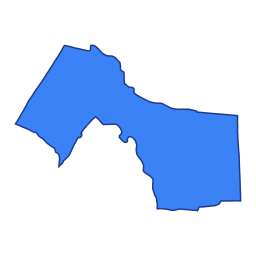 the district of Kebemer, Louga, Senegal
{"feature_id": "50182788B60047071387499", "entity_name": "Kebemer", "entity_type": "district", "adm_level": 2, "iso_a3": "SEN", "parent_name": "Senegal", "parent_adm1": "Louga", "projection": "albers", "projection_center": [-16.284, 15.311], "detail": "fine", "context": "isolated", "style": "filled", "palette": "blue", "viewbox_px": 256, "rotation_deg": 0, "n_neighbors": 0, "source": "geoboundaries", "source_scale": "gbopen_adm2", "svg_char_len": 5064}
<svg xmlns="http://www.w3.org/2000/svg" viewBox="0 0 256 256"><path d="M175.7,209.9L175.8,209.9L177.8,209.4L180.0,209.0L181.4,209.2L188.1,209.7L191.4,210.0L194.0,210.2L195.9,210.4L197.1,210.4L197.3,210.8L197.5,210.7L197.8,210.1L198.0,209.7L198.2,209.3L198.4,208.9L198.5,208.5L198.7,208.1L198.8,207.7L198.9,207.4L199.0,207.2L199.4,206.9L199.6,206.8L200.0,206.8L201.0,206.9L201.8,206.9L202.5,206.9L203.1,206.9L203.8,206.7L205.1,206.7L206.3,206.5L207.3,206.4L208.5,206.3L209.5,206.2L210.9,206.0L211.8,205.9L213.0,205.8L213.8,205.8L214.2,205.7L214.8,205.6L215.5,205.4L216.2,205.2L216.9,205.0L217.5,204.6L218.2,204.4L218.6,204.2L219.0,203.9L219.4,203.5L219.8,203.0L220.1,202.5L220.5,201.9L221.0,201.1L221.0,200.9L224.3,200.9L227.7,200.9L231.1,200.9L234.5,200.8L237.9,200.8L240.6,200.9L240.6,198.6L240.5,196.3L240.5,194.0L240.3,190.6L240.2,187.0L240.1,182.7L239.9,178.4L239.8,174.1L239.6,172.5L239.6,170.2L239.4,166.1L239.3,163.4L239.2,160.3L239.2,160.0L239.1,156.1L239.0,154.0L238.6,150.2L238.4,146.4L238.2,144.1L238.2,143.6L238.1,143.2L237.9,139.9L237.8,137.3L237.7,134.7L237.6,133.8L237.6,132.0L237.5,131.4L237.6,129.3L237.6,124.8L237.5,124.3L237.5,121.4L237.5,118.5L237.5,115.6L234.1,115.3L230.7,115.0L227.3,114.7L223.9,114.4L220.6,114.2L217.2,113.9L213.8,113.6L210.4,113.3L207.1,113.0L203.6,112.7L203.3,112.6L202.9,112.6L196.9,112.1L196.9,111.3L195.0,110.7L192.9,110.1L189.0,109.3L187.9,109.3L185.7,109.2L182.3,109.2L181.1,109.2L180.0,109.3L179.4,109.3L178.3,109.3L175.9,109.1L174.1,108.9L172.2,108.4L170.8,108.0L168.0,106.6L165.0,105.1L162.9,103.9L161.2,103.3L159.0,103.1L157.7,103.3L155.3,103.0L153.4,102.7L151.1,102.2L149.7,101.7L146.4,100.3L141.8,97.9L140.2,97.0L138.8,96.2L136.8,95.0L135.3,94.1L134.1,93.0L134.0,91.9L134.0,90.3L134.0,89.0L133.2,88.0L132.3,87.4L131.8,87.4L130.5,87.3L129.2,87.3L128.4,86.6L126.8,85.5L125.8,84.4L125.7,84.3L125.6,84.2L124.7,84.0L124.3,83.7L124.4,81.1L124.1,80.1L124.1,76.6L124.0,73.0L123.7,71.9L123.0,71.7L121.2,70.4L120.8,70.1L120.4,69.1L120.5,65.7L120.1,63.6L120.1,63.3L120.0,63.2L119.5,62.0L119.1,61.8L117.9,60.5L116.5,58.9L114.8,57.3L113.0,56.5L111.8,56.0L110.6,56.0L108.6,55.9L107.7,55.9L107.3,55.8L106.5,55.6L106.3,55.5L104.7,54.7L103.6,53.9L102.5,53.5L101.4,52.1L100.6,51.3L98.3,48.9L96.3,46.9L94.5,45.8L93.0,45.3L92.0,45.2L91.1,45.4L90.7,45.9L90.5,46.7L90.6,48.0L90.6,49.0L90.4,50.1L89.6,50.7L89.0,50.9L88.0,50.9L86.6,50.5L84.3,50.0L81.9,49.5L79.6,48.9L75.3,48.1L70.2,46.6L64.4,45.5L64.2,45.8L63.4,47.0L62.6,48.5L61.7,50.4L60.6,52.1L59.4,53.9L58.6,55.5L58.1,56.3L57.3,57.4L56.0,59.5L54.7,61.3L53.5,63.5L52.8,64.4L52.1,65.7L51.4,66.8L50.4,68.2L49.5,69.7L48.9,70.7L47.8,72.3L46.7,73.8L45.7,75.6L44.4,77.6L42.1,81.2L40.7,83.2L39.2,85.3L38.2,86.8L36.9,88.6L34.9,91.5L33.9,92.9L33.9,93.0L33.7,93.2L32.9,94.7L31.9,96.2L31.0,97.5L30.0,98.9L28.9,100.5L28.0,102.0L27.1,103.8L26.4,105.3L25.1,107.6L24.1,109.4L22.5,112.3L21.3,114.2L20.4,115.8L19.0,118.2L18.0,120.0L16.7,122.0L15.4,123.9L19.0,125.4L22.7,127.0L26.4,128.5L30.0,130.0L30.8,130.8L33.4,131.9L36.4,132.7L37.6,134.0L38.3,135.4L39.3,136.5L40.4,137.3L42.0,138.1L43.0,138.8L46.9,143.0L47.4,143.4L48.7,144.3L50.8,146.0L53.3,147.6L54.5,148.1L55.4,151.3L55.6,152.0L56.4,152.6L57.9,153.4L58.2,153.8L59.0,155.2L59.5,157.5L59.5,159.6L59.3,161.3L58.9,166.5L60.1,165.2L62.2,163.4L62.9,162.2L63.6,160.8L64.8,159.7L66.2,158.3L67.5,157.1L69.0,155.3L70.0,153.7L70.9,151.7L72.1,149.1L73.7,145.5L75.2,142.8L76.5,140.3L77.7,138.3L78.2,137.3L79.4,137.7L80.7,137.1L81.4,136.2L81.5,136.0L81.6,135.7L81.8,135.2L81.7,134.0L80.9,133.5L81.6,132.3L82.2,131.5L83.0,130.2L83.7,129.3L84.2,128.4L85.2,127.5L86.0,126.7L86.8,125.4L88.1,124.2L89.2,123.0L92.2,119.6L93.1,118.9L94.0,118.2L94.3,117.9L95.0,117.1L95.2,116.9L95.4,116.7L96.3,117.3L96.7,117.6L97.3,118.2L98.7,119.4L99.7,120.6L100.5,121.6L102.0,123.3L103.4,124.6L105.9,124.4L107.8,124.4L112.5,124.2L116.1,124.2L118.0,125.4L118.9,126.5L119.9,127.7L121.1,129.6L121.5,130.8L121.9,132.0L121.3,133.6L120.4,134.9L119.4,135.6L119.3,137.3L120.1,138.3L120.8,139.0L122.0,140.2L122.9,141.1L123.9,141.8L124.5,142.2L125.8,142.3L126.6,142.2L127.1,141.7L127.4,140.9L127.6,138.6L128.2,137.3L129.2,136.8L130.5,136.7L131.1,136.8L131.7,137.0L133.7,138.4L134.6,139.7L135.4,140.9L136.1,142.7L136.5,143.9L136.8,145.2L136.6,146.3L136.4,147.9L136.3,148.7L136.2,150.3L136.4,151.6L136.6,152.8L136.8,153.9L137.4,155.2L138.2,156.3L139.0,157.5L140.2,158.9L140.8,159.7L141.5,160.8L141.9,161.5L142.0,161.7L142.2,162.1L142.8,163.5L143.2,164.0L143.5,164.8L143.6,166.3L143.5,167.0L143.4,168.5L143.3,169.8L143.4,170.7L143.7,171.3L143.8,171.4L144.4,172.4L144.9,172.7L145.4,173.1L146.7,173.9L148.9,175.3L149.8,175.8L151.1,177.0L152.2,178.1L152.8,178.9L153.1,180.5L152.8,183.7L152.8,184.5L152.8,185.7L152.7,187.8L153.0,189.5L153.5,191.4L154.4,193.7L154.7,195.1L155.2,195.9L155.8,196.8L156.2,197.7L156.5,198.6L156.7,199.7L156.7,200.5L157.2,203.8L157.4,205.2L157.4,205.8L157.2,206.4L157.1,207.9L157.3,208.8L158.5,208.7L160.6,208.6L161.7,208.7L165.9,209.1L168.4,209.5L168.8,209.6L170.9,210.1L172.2,210.4L174.3,210.3L175.7,209.9Z" fill="#3b82f6" stroke="#1e3a8a" stroke-width="1.5"/></svg>